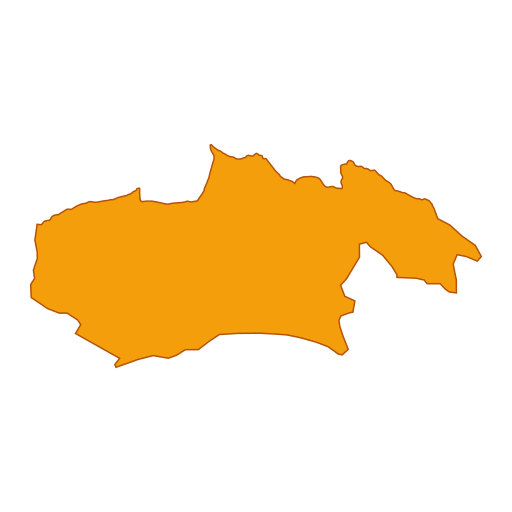 outline of Tashir, Lori, Armenia
{"feature_id": "60910142B71035098533409", "entity_name": "Tashir", "entity_type": "district", "adm_level": 2, "iso_a3": "ARM", "parent_name": "Armenia", "parent_adm1": "Lori", "projection": "robinson", "projection_center": [44.248, 41.132], "detail": "fine", "context": "isolated", "style": "filled", "palette": "amber", "viewbox_px": 512, "rotation_deg": 0, "n_neighbors": 0, "source": "geoboundaries", "source_scale": "gbopen_adm2", "svg_char_len": 4361}
<svg xmlns="http://www.w3.org/2000/svg" viewBox="0 0 512 512"><path d="M433.9,208.1L433.1,206.9L432.4,205.7L432.2,204.7L432.0,204.1L431.1,203.3L430.1,201.9L428.9,200.6L427.8,200.1L426.2,199.4L424.7,198.8L423.0,199.5L421.7,199.7L420.9,199.5L419.5,198.8L418.4,198.6L417.1,198.8L415.7,198.4L413.6,197.6L408.8,195.1L405.9,193.4L404.5,192.7L402.7,192.7L401.2,192.2L400.0,191.6L397.6,191.0L395.2,190.6L394.1,189.6L393.2,188.1L392.2,186.3L391.2,184.4L389.9,183.2L389.0,182.3L387.8,181.5L386.4,180.9L385.2,179.9L384.1,178.8L382.4,177.0L381.4,176.0L379.9,175.2L378.8,174.6L377.5,173.3L376.3,171.9L375.6,171.0L375.4,170.8L374.9,170.4L374.6,170.2L374.3,170.1L373.0,170.4L371.5,170.6L370.0,170.4L368.4,169.2L367.0,168.6L365.5,168.5L364.0,168.4L362.9,167.4L362.0,166.7L360.9,166.3L358.9,166.5L357.6,166.4L356.1,165.9L355.0,165.1L354.2,164.0L353.9,162.9L353.7,162.5L352.7,161.6L351.4,160.9L349.7,160.4L348.5,160.9L348.0,161.5L347.5,162.2L346.7,163.8L344.3,164.3L342.1,164.8L341.1,165.5L340.6,166.5L340.6,167.9L340.8,170.3L340.7,172.5L341.2,173.9L342.2,175.7L342.6,176.9L342.6,178.4L341.7,179.3L341.5,179.7L341.2,180.6L341.0,182.1L341.0,182.3L341.2,183.4L342.2,185.2L342.3,186.5L342.3,188.1L341.7,188.8L340.7,188.5L338.7,188.3L336.3,188.1L334.8,187.4L333.5,186.7L332.6,186.4L331.7,186.6L330.3,186.7L329.3,187.1L327.5,187.3L326.0,186.9L325.1,186.4L324.0,185.3L323.3,184.3L322.5,183.1L321.6,181.6L320.8,180.5L320.3,179.7L319.7,179.1L319.2,178.6L318.1,177.8L317.4,177.6L314.9,176.9L310.8,176.4L308.6,176.6L303.2,176.9L302.3,177.3L299.8,178.2L297.1,179.8L295.9,181.2L294.9,183.4L292.2,181.4L290.0,180.7L288.1,179.9L286.2,179.4L284.1,179.2L283.3,178.4L281.5,177.2L280.3,176.2L279.2,174.4L278.0,173.4L275.5,170.9L274.0,169.0L273.0,167.7L267.8,161.0L266.3,158.9L266.0,158.8L265.4,158.6L263.7,158.7L262.8,158.0L262.5,157.0L262.0,155.7L260.5,155.4L258.8,155.1L258.2,154.3L256.7,153.4L255.8,153.6L254.6,154.6L253.2,155.8L252.1,156.2L250.1,155.7L248.8,155.3L247.4,155.6L246.6,156.0L245.9,157.0L244.8,157.7L243.1,158.0L241.7,158.7L240.3,159.0L238.7,159.0L237.0,159.0L235.8,158.7L234.6,157.7L233.2,157.0L231.5,156.9L229.4,156.4L227.0,155.4L225.4,154.1L222.5,152.8L220.9,151.3L219.5,150.8L217.8,150.1L214.0,147.4L212.6,146.0L211.3,144.7L210.2,145.1L210.3,146.4L210.3,147.3L210.6,149.0L211.6,151.6L212.9,153.5L214.0,155.7L214.1,158.1L213.8,160.2L212.9,162.6L212.8,162.8L211.9,166.3L210.4,171.3L209.4,175.4L208.7,178.4L207.7,180.3L207.1,182.3L204.3,188.7L204.2,190.4L202.4,193.5L199.6,197.4L198.2,199.7L197.1,201.0L195.1,201.2L193.3,201.6L191.4,201.9L190.3,201.8L188.3,201.4L187.4,201.2L186.7,201.3L184.8,202.0L182.5,202.4L179.8,202.6L178.2,202.7L176.6,202.9L173.6,203.2L171.9,203.3L170.1,203.7L168.0,204.2L166.1,204.0L160.9,202.9L156.9,202.0L152.8,201.3L152.4,201.2L149.7,201.1L145.8,201.2L145.3,201.3L142.5,201.6L140.8,201.1L140.2,199.7L139.9,197.4L139.9,196.6L139.6,192.8L139.7,188.8L139.3,188.1L137.1,188.6L136.3,190.2L135.2,190.9L133.2,191.7L132.1,192.8L130.2,194.1L128.3,194.5L126.9,195.5L125.7,195.8L123.1,196.2L121.2,196.8L117.9,197.5L116.3,198.4L115.2,198.7L113.5,199.6L110.3,199.7L109.0,200.2L107.4,200.5L104.8,200.7L101.6,201.3L100.0,201.6L96.8,202.2L94.8,202.3L91.1,201.6L89.0,201.7L87.2,202.6L86.1,203.3L84.4,203.4L81.4,204.0L77.1,205.9L73.5,208.0L71.5,209.4L69.4,209.2L67.2,209.2L65.0,210.4L62.9,211.8L60.3,213.3L58.2,214.8L56.4,214.7L53.4,215.6L52.2,216.5L51.2,217.7L50.4,219.4L49.3,220.3L47.5,220.5L44.4,221.2L43.7,222.0L43.0,222.7L41.4,224.7L37.8,224.4L37.1,224.3L34.9,240.1L37.2,252.1L37.3,258.4L33.4,270.1L34.6,278.4L30.7,284.5L31.2,297.5L47.6,308.6L59.2,313.1L67.1,313.1L77.8,320.1L80.7,324.7L75.5,333.5L119.6,358.3L114.8,364.6L116.0,367.3L138.2,359.4L153.2,355.6L168.3,358.2L176.4,355.3L185.3,349.7L198.4,349.6L209.4,341.1L219.4,334.5L237.5,333.4L259.6,333.2L274.7,334.0L286.8,334.9L299.9,337.6L316.0,342.1L328.1,346.7L338.2,354.0L342.2,354.9L348.2,349.3L343.1,336.3L340.0,327.1L338.9,320.6L340.9,315.9L348.9,313.0L352.9,312.1L354.9,300.9L344.8,296.3L340.6,285.2L346.6,278.7L351.6,270.3L359.5,257.2L359.4,244.2L366.4,242.3L370.5,246.9L382.6,255.2L391.8,266.3L396.9,274.6L396.9,277.4L416.0,278.2L424.1,280.0L427.1,283.7L440.2,283.7L445.3,289.2L449.3,292.0L456.4,292.9L456.3,279.8L454.8,272.5L453.2,264.1L457.1,254.7L466.2,256.5L477.3,261.1L481.3,256.5L475.2,245.3L462.0,236.1L449.8,225.0L437.7,218.6L433.9,208.1Z" fill="#f59e0b" stroke="#b45309" stroke-width="1.5"/></svg>